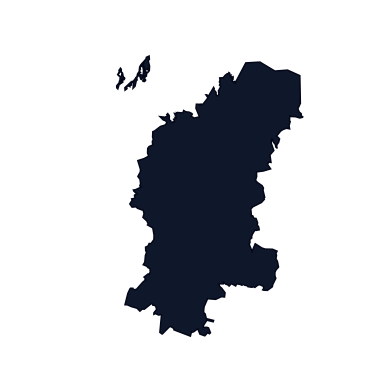 outline of Athenry-Oranmore Lea-7, Galway, Ireland, rotated 107°
{"feature_id": "5873133B98830441057243", "entity_name": "Athenry-Oranmore Lea-7", "entity_type": "district", "adm_level": 2, "iso_a3": "IRL", "parent_name": "Ireland", "parent_adm1": "Galway", "projection": "albers", "projection_center": [-8.887, 53.319], "detail": "fine", "context": "isolated", "style": "filled", "palette": "ink", "viewbox_px": 384, "rotation_deg": 107, "n_neighbors": 0, "source": "geoboundaries", "source_scale": "gbopen_adm2", "svg_char_len": 5992}
<svg xmlns="http://www.w3.org/2000/svg" viewBox="0 0 384 384"><g transform="rotate(107 192 192)"><path d="M49.2,122.9L47.5,136.3L52.1,148.1L47.9,165.0L52.8,178.3L74.6,182.5L75.2,182.9L73.9,183.6L74.7,184.5L74.5,185.5L73.4,186.4L72.6,185.7L71.2,186.0L72.0,186.4L71.5,187.0L70.7,186.2L69.8,186.6L71.2,187.7L70.6,189.0L69.3,188.0L69.8,188.6L69.4,189.3L68.9,189.1L69.1,189.7L67.2,190.9L67.1,191.6L67.7,191.4L68.8,193.1L70.9,194.5L73.6,195.6L74.8,198.9L76.8,197.9L78.7,198.0L80.3,196.6L81.7,197.0L82.8,195.3L87.4,196.3L90.8,194.9L92.5,195.2L92.4,196.4L91.2,198.0L90.2,197.8L88.8,199.1L88.8,200.0L88.0,200.9L86.9,200.8L85.6,201.9L95.5,204.3L94.7,206.2L95.0,207.1L97.3,204.3L104.9,207.2L105.3,208.8L105.8,208.5L106.6,209.5L105.7,209.8L106.8,213.5L110.8,212.7L117.9,206.8L120.9,211.9L120.4,212.2L119.9,214.9L117.4,214.5L116.9,215.4L116.5,218.1L117.1,221.4L116.5,223.8L119.1,223.9L120.2,229.2L120.9,229.4L120.8,230.1L121.9,229.7L122.0,231.7L125.2,228.9L125.7,228.8L125.8,229.8L126.4,229.0L127.8,230.9L129.6,229.2L130.6,229.8L130.3,230.1L130.7,231.1L131.4,231.3L131.1,233.1L130.3,233.0L129.7,234.6L128.3,235.2L128.3,236.4L127.4,235.5L126.0,235.8L124.1,238.1L125.4,238.8L126.0,238.2L125.6,237.5L127.1,238.0L128.1,239.7L129.4,240.6L128.6,241.2L129.3,244.7L131.5,240.6L131.6,238.1L133.2,236.1L136.0,237.5L138.5,241.3L144.8,245.8L145.7,247.1L150.9,245.8L153.1,244.4L155.3,244.7L158.6,243.3L161.0,246.3L163.2,247.1L167.8,245.9L170.4,243.9L174.3,247.9L177.8,253.0L185.4,247.9L187.8,247.3L193.0,248.3L195.1,245.4L199.1,243.6L201.4,243.7L202.1,242.0L206.4,246.8L207.2,248.6L208.3,247.7L209.9,244.2L211.7,246.0L212.6,245.9L213.5,244.7L215.1,245.5L216.2,247.7L217.4,246.8L221.6,248.0L224.0,244.9L222.5,241.1L223.5,239.4L223.8,234.5L223.5,233.5L226.8,231.5L230.6,231.5L232.9,226.6L235.5,224.5L236.5,224.9L237.8,219.0L244.3,215.7L248.7,214.5L253.0,216.0L253.7,216.8L253.7,217.9L256.5,218.3L258.3,220.3L261.9,219.0L262.3,217.8L266.3,218.0L273.0,216.6L275.8,217.4L276.2,213.4L277.2,212.0L277.4,210.4L278.0,209.6L280.6,208.6L283.4,208.8L283.1,210.0L287.4,213.0L287.9,211.7L289.5,211.3L289.7,210.5L292.0,212.4L301.4,216.7L302.3,218.6L302.0,220.1L301.4,220.3L301.9,222.5L302.7,223.0L307.7,223.7L319.4,223.1L318.8,220.8L319.3,216.4L319.2,210.6L321.2,207.0L318.5,205.4L318.0,203.3L310.8,198.4L310.6,197.0L311.7,196.3L311.3,194.8L312.0,193.2L314.6,191.5L318.6,193.1L320.1,192.7L319.0,191.5L319.4,187.7L318.3,186.0L318.6,185.2L335.6,181.7L336.5,179.4L336.4,178.8L327.5,174.2L326.9,173.0L327.9,169.2L329.1,169.0L330.3,151.4L325.8,151.7L326.1,150.9L325.2,149.5L321.1,146.5L325.6,142.9L325.8,137.7L321.9,135.9L322.5,133.9L321.2,133.2L317.1,136.5L317.0,138.1L318.2,141.5L316.3,142.0L310.3,140.3L309.9,133.8L308.5,133.8L308.9,141.3L304.7,143.8L304.1,145.2L302.8,146.0L298.2,146.9L289.5,145.9L287.7,137.9L283.5,133.3L282.9,130.2L278.7,130.9L275.3,135.5L274.2,138.0L271.9,139.4L270.7,135.2L269.2,135.4L270.3,132.8L270.2,131.0L271.1,129.0L268.1,127.6L269.1,122.8L267.6,122.6L266.2,121.3L266.6,120.0L266.2,119.1L266.6,117.1L265.3,115.6L265.8,114.2L265.4,112.3L266.2,110.8L265.6,106.9L264.6,105.4L264.9,104.0L261.8,101.8L260.8,100.1L261.4,96.0L263.4,95.3L264.9,95.8L264.9,94.5L264.0,91.1L259.2,87.5L256.8,87.7L250.1,86.6L247.9,88.2L244.7,89.2L242.0,88.9L238.5,87.3L233.4,90.0L231.3,92.2L227.7,92.7L226.2,93.8L223.7,93.4L223.2,98.3L225.2,105.4L225.1,108.9L223.0,116.4L231.2,117.2L225.3,122.0L223.2,121.8L220.6,122.8L218.4,121.4L218.1,122.0L214.9,121.9L210.7,120.9L209.8,120.4L210.1,119.7L208.5,116.7L206.1,117.9L204.3,120.0L202.2,120.3L198.6,123.0L199.0,125.2L197.0,127.0L197.7,128.1L191.0,130.8L188.4,129.5L181.7,122.5L177.9,120.7L176.6,121.5L175.9,120.9L169.4,124.7L167.4,124.8L165.5,126.7L163.7,132.4L162.2,134.7L158.3,134.7L153.9,136.2L151.1,130.0L146.9,123.6L143.6,127.8L141.0,127.4L140.6,125.1L133.8,128.3L128.4,125.9L122.1,130.5L118.1,131.5L118.0,130.7L120.2,129.1L122.2,126.2L124.6,124.9L125.3,123.1L124.2,124.2L121.9,124.6L119.3,123.7L115.6,123.8L113.7,127.4L107.9,125.1L105.6,123.2L103.4,120.3L103.1,117.1L100.2,118.6L95.9,118.7L95.2,119.6L90.6,120.8L90.9,119.4L89.7,114.9L89.7,110.5L88.2,108.1L87.7,108.1L87.5,109.5L85.1,110.6L84.2,112.8L81.5,115.1L75.5,114.3L49.2,122.9ZM84.0,269.4L79.5,272.1L77.4,271.6L74.5,272.8L76.5,275.0L78.3,274.9L85.3,278.1L87.7,278.6L90.4,278.1L89.7,277.2L87.8,278.3L86.9,277.2L85.7,277.2L86.1,276.8L85.4,276.3L83.5,276.9L83.6,276.1L83.2,276.8L82.5,275.9L81.9,276.2L81.2,275.8L85.3,276.0L86.3,274.1L87.2,274.2L87.3,273.8L88.0,273.5L88.2,272.9L88.8,272.6L88.0,270.5L87.0,270.3L87.8,269.7L86.5,269.1L88.4,268.5L91.5,269.6L88.5,268.3L84.0,269.4ZM107.5,292.1L102.4,291.3L102.7,290.1L103.4,289.8L105.2,290.7L104.3,289.7L102.9,289.6L102.4,290.1L102.1,291.3L98.6,293.2L97.7,294.8L95.3,295.5L94.5,296.6L97.1,297.4L98.2,296.7L101.5,297.4L102.5,295.6L102.4,294.8L101.5,297.1L98.2,295.9L98.1,296.5L97.5,296.9L96.2,296.8L97.9,296.5L97.2,295.2L98.0,294.8L98.5,293.8L101.8,293.3L102.5,294.1L103.6,294.2L106.1,293.6L107.4,293.8L108.5,293.5L112.5,295.1L114.4,294.4L115.1,293.1L110.7,293.1L107.2,290.3L105.5,291.2L106.9,291.1L109.9,292.5L110.3,293.5L108.5,293.3L107.3,293.7L107.0,293.3L107.5,292.1ZM107.5,277.4L100.9,277.9L99.8,278.6L100.2,277.6L99.0,278.3L96.3,277.2L95.2,277.6L94.0,276.8L93.1,277.1L92.8,276.3L92.3,277.1L91.0,277.4L95.0,278.6L97.7,278.4L102.6,280.3L110.0,278.7L107.5,277.4ZM90.0,273.9L93.7,273.1L93.0,272.8L95.7,272.2L96.0,271.9L95.3,272.1L95.5,271.6L96.4,271.3L95.4,270.8L95.7,270.9L96.3,270.5L94.8,270.2L95.1,270.1L94.6,269.5L90.7,270.3L90.9,270.8L90.4,271.5L92.1,271.1L90.5,271.7L90.6,272.3L88.6,272.7L88.2,273.5L86.0,275.1L86.9,275.5L90.0,273.9ZM111.9,286.7L114.2,285.8L112.2,284.4L111.7,285.0L109.9,284.9L109.2,284.1L109.4,282.1L108.2,282.5L107.5,281.2L104.4,282.1L104.6,281.0L103.3,280.8L104.2,282.2L111.9,286.7ZM94.8,273.2L94.8,275.8L96.5,275.8L99.0,274.0L99.1,273.1L96.4,272.5L94.8,273.2ZM99.8,271.6L100.5,271.2L100.3,269.8L99.0,269.0L97.6,269.6L99.2,269.5L97.9,270.1L98.8,270.4L96.9,271.1L99.4,271.2L99.5,270.5L99.8,271.6Z" fill="#0f172a" stroke="#020617" stroke-width="1.5"/></g></svg>